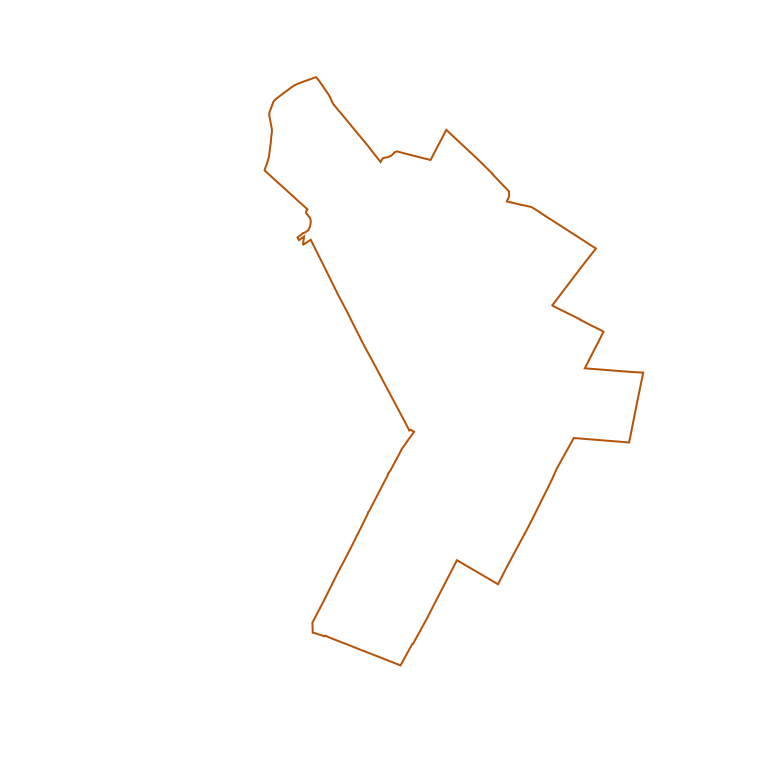 outline of Bordei Verde, Braila, Romania, rotated 121°
{"feature_id": "2599482B17606250456703", "entity_name": "Bordei Verde", "entity_type": "district", "adm_level": 2, "iso_a3": "ROU", "parent_name": "Romania", "parent_adm1": "Braila", "projection": "robinson", "projection_center": [27.573, 45.04], "detail": "fine", "context": "isolated", "style": "outline", "palette": "amber", "viewbox_px": 768, "rotation_deg": 121, "n_neighbors": 0, "source": "geoboundaries", "source_scale": "gbopen_adm2", "svg_char_len": 3130}
<svg xmlns="http://www.w3.org/2000/svg" viewBox="0 0 768 768"><g transform="rotate(121 384 384)"><path d="M512.8,330.3L519.8,329.7L524.1,329.4L526.4,329.2L526.7,329.2L527.3,329.2L528.7,329.3L529.0,329.1L529.6,329.0L535.6,328.5L542.2,328.0L548.9,327.6L552.9,327.3L555.5,327.1L564.9,326.7L567.0,326.6L601.5,323.9L614.6,323.1L625.4,322.5L629.7,319.7L631.9,318.3L633.9,317.0L633.6,316.3L633.3,315.5L630.9,305.1L630.0,304.8L629.2,298.8L629.0,297.5L627.4,288.3L626.5,283.2L624.2,268.9L623.3,263.8L616.7,224.9L592.1,225.9L591.8,225.3L563.4,226.4L542.8,227.8L497.5,230.7L496.9,183.1L486.2,183.9L475.6,184.6L475.4,184.6L427.9,186.9L427.4,187.1L423.3,187.3L379.8,190.8L368.0,192.3L332.4,193.5L332.3,193.0L320.7,169.6L311.1,150.3L307.9,143.8L307.6,143.9L301.9,145.9L282.2,153.0L267.1,158.4L252.9,163.4L241.1,167.5L240.7,167.7L245.7,177.0L267.1,219.9L265.0,220.1L256.4,220.7L254.6,220.8L248.1,221.3L239.5,221.8L226.2,222.8L226.1,224.5L227.2,238.0L227.9,248.5L227.6,248.5L228.5,260.0L228.6,261.2L229.2,268.4L229.7,274.6L230.1,280.0L229.7,280.3L223.6,279.6L219.2,279.1L208.0,277.9L185.2,275.4L174.2,274.1L158.9,272.1L158.7,272.1L158.6,278.6L158.3,285.0L158.1,292.2L157.9,298.3L157.7,304.2L157.5,310.3L157.3,318.5L157.1,323.5L157.0,329.9L157.0,330.5L156.7,336.1L156.4,343.3L156.4,348.5L157.1,351.1L159.0,356.8L159.4,357.5L162.3,366.7L164.3,372.7L163.9,372.8L158.8,373.4L154.6,375.9L152.4,384.2L151.4,387.8L150.4,391.4L148.3,399.1L147.9,399.1L147.2,402.4L143.2,418.8L142.9,420.1L142.7,420.8L142.3,423.1L142.2,423.5L142.1,423.9L138.5,440.9L135.6,454.5L134.1,461.5L143.5,460.9L152.9,460.4L165.2,459.6L168.0,459.5L168.5,461.1L169.4,464.0L174.0,479.2L177.4,490.8L177.5,491.5L177.8,492.4L178.3,493.0L179.6,494.1L184.5,495.3L187.4,497.4L190.9,501.2L192.6,501.4L194.8,501.3L195.5,501.3L194.8,503.0L191.8,511.0L189.1,517.9L187.2,523.1L184.9,529.7L182.6,536.3L180.2,543.2L177.7,550.0L175.4,556.7L174.6,558.9L172.3,565.7L170.5,570.8L169.6,572.8L166.8,576.8L164.8,579.8L159.4,591.7L157.5,595.8L156.0,600.3L164.0,606.9L167.7,609.9L170.9,612.4L174.6,614.9L178.7,616.7L186.4,619.9L191.6,621.9L195.3,623.4L198.7,624.2L209.9,622.1L212.4,621.1L222.7,611.9L224.9,610.3L231.2,607.5L235.8,605.2L248.2,599.8L251.9,598.7L255.4,597.9L259.0,597.2L262.4,596.4L264.4,586.7L268.6,565.4L273.7,539.6L274.0,539.6L274.9,539.8L277.0,539.3L277.7,538.7L278.1,537.9L278.3,536.7L280.0,532.7L281.4,531.2L282.2,530.7L283.1,530.1L284.0,529.7L287.2,528.5L287.3,528.5L289.3,528.3L291.1,528.1L294.7,529.6L296.3,531.1L300.5,532.6L302.9,533.6L304.5,531.0L298.8,528.5L305.9,525.4L306.0,524.9L298.1,521.1L304.0,511.8L308.4,504.9L314.2,495.7L319.6,487.3L330.6,470.2L341.0,453.0L352.0,435.8L357.1,427.5L357.3,427.5L362.5,418.9L372.8,401.3L383.9,383.0L384.0,382.8L405.1,347.6L410.8,338.4L409.6,337.9L409.4,333.6L415.2,334.1L419.3,334.5L428.6,335.1L430.2,335.3L431.1,335.2L434.7,335.0L435.1,334.9L442.1,334.6L450.1,334.2L454.7,334.0L456.3,334.1L458.8,334.4L459.5,334.0L460.6,333.8L467.4,333.4L472.0,333.1L478.3,332.7L487.5,332.1L492.9,331.8L497.3,331.5L500.6,331.3L501.7,331.6L502.2,331.6L502.7,331.2L506.6,330.8L512.4,330.3L512.8,330.3Z" fill="none" stroke="#b45309" stroke-width="2"/></g></svg>